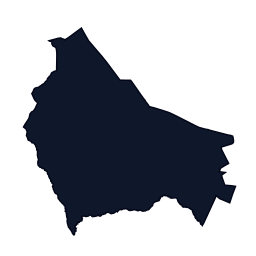 Cherangany, Rift Valley, Kenya (Mercator projection), rotated 355°
{"feature_id": "3690345B16240552911731", "entity_name": "Cherangany", "entity_type": "district", "adm_level": 2, "iso_a3": "KEN", "parent_name": "Kenya", "parent_adm1": "Rift Valley", "projection": "mercator", "projection_center": [35.178, 1.046], "detail": "fine", "context": "isolated", "style": "filled", "palette": "ink", "viewbox_px": 256, "rotation_deg": 355, "n_neighbors": 0, "source": "geoboundaries", "source_scale": "gbopen_adm2", "svg_char_len": 5804}
<svg xmlns="http://www.w3.org/2000/svg" viewBox="0 0 256 256"><g transform="rotate(355 128 128)"><path d="M230.0,195.5L225.7,194.5L219.4,193.4L217.4,185.4L217.1,183.1L218.8,182.1L221.0,180.8L215.1,179.5L216.2,177.1L216.7,176.1L220.4,174.2L223.0,173.0L225.1,172.1L224.7,170.9L224.3,169.7L223.6,168.3L219.5,158.1L219.3,157.4L219.2,155.1L230.1,152.8L231.7,151.7L232.0,150.0L232.0,149.3L231.8,146.8L231.6,145.3L229.0,144.1L228.5,144.1L226.8,143.6L210.4,137.8L208.6,137.1L208.0,136.7L205.7,136.1L204.9,135.9L198.7,133.6L193.5,130.5L177.7,120.6L172.0,117.2L170.5,116.4L168.6,115.5L156.3,110.4L151.1,108.6L150.1,106.6L148.0,103.4L147.2,101.6L146.8,101.1L146.0,99.9L143.2,95.2L135.8,82.3L134.7,80.7L124.2,79.7L112.5,60.8L108.1,54.2L103.7,48.1L98.2,40.3L96.4,37.9L92.2,28.8L90.3,24.4L76.2,33.0L72.6,34.8L72.1,34.1L71.4,33.8L70.7,33.6L69.5,33.1L69.1,32.5L66.6,32.5L56.9,34.2L57.5,34.7L58.8,35.0L59.6,35.6L59.7,36.4L59.5,37.7L60.0,38.6L60.5,39.8L61.7,40.4L62.7,41.2L63.1,41.6L63.4,42.4L63.5,43.1L63.6,44.8L63.6,47.8L63.3,51.0L61.9,64.3L61.5,64.8L59.2,65.2L58.2,65.8L57.5,66.0L56.7,66.5L56.4,66.8L56.1,67.5L55.6,68.6L55.2,69.0L54.1,69.8L52.0,71.9L51.7,73.3L51.3,73.9L49.9,74.5L49.6,74.9L49.2,75.5L48.5,76.2L47.5,76.8L46.0,77.4L45.4,78.0L44.5,78.5L43.9,78.7L43.3,79.1L42.5,79.7L40.2,79.9L39.4,80.1L38.6,80.4L38.1,80.8L37.6,81.4L37.3,82.0L37.1,82.6L35.8,84.7L35.2,85.3L37.1,90.8L37.7,92.0L38.1,92.7L38.9,93.5L39.8,94.5L40.1,95.2L39.9,96.0L38.2,98.7L37.7,99.8L35.7,102.4L35.2,102.9L34.3,103.3L33.6,103.5L33.1,103.9L32.6,104.5L32.0,104.9L31.6,105.5L30.9,107.7L30.2,109.7L29.4,110.8L25.6,115.6L24.0,117.9L25.2,119.1L25.9,119.3L26.2,119.9L26.5,120.8L27.1,122.0L27.1,122.5L27.1,123.4L26.7,125.1L26.3,126.0L26.2,126.8L26.5,127.5L27.1,128.9L27.2,130.0L27.4,131.0L27.8,131.5L29.8,132.5L30.4,133.2L31.0,134.3L31.7,134.5L32.7,134.7L33.3,135.5L34.2,136.8L34.7,138.7L35.0,139.2L35.2,140.1L35.3,140.7L35.2,141.2L35.2,141.9L36.0,143.1L35.8,143.5L35.7,145.3L35.5,146.3L35.4,146.9L35.4,147.6L35.6,148.3L35.7,149.0L35.6,149.7L35.9,150.3L36.1,151.1L36.0,151.9L36.0,152.6L35.5,153.0L35.3,153.5L35.3,154.3L35.1,155.1L35.1,155.7L35.3,156.2L35.1,157.0L36.8,159.3L37.5,159.5L38.1,159.7L38.4,160.3L39.3,160.4L39.7,161.1L40.6,161.1L41.1,161.6L41.4,162.9L42.7,163.6L43.2,164.0L43.7,164.5L43.9,165.3L43.8,166.2L44.0,166.9L44.7,167.9L44.9,168.4L44.9,169.0L45.1,170.1L45.4,170.7L45.6,171.2L45.9,171.7L46.3,172.3L46.5,173.5L46.4,174.0L46.7,174.6L47.3,175.2L47.4,176.2L48.0,176.4L48.7,177.6L48.3,178.3L48.3,178.8L47.9,179.2L47.7,179.9L48.1,180.7L48.2,181.2L48.3,181.8L48.3,182.6L48.9,183.9L49.1,184.9L49.7,186.2L50.0,186.8L51.3,187.3L51.6,187.8L52.4,189.2L52.2,191.5L52.4,192.2L53.2,193.4L53.6,194.0L53.9,194.4L54.2,195.1L55.2,196.1L55.5,196.8L56.1,197.3L56.6,197.9L57.0,198.5L57.7,199.0L57.8,199.9L58.4,200.3L58.7,200.9L58.6,201.7L58.3,202.3L58.7,202.9L58.6,203.6L58.7,204.3L58.2,205.4L59.2,206.4L59.0,206.9L59.2,207.5L59.1,208.1L59.2,208.8L59.2,210.2L59.2,211.4L59.7,212.7L59.6,213.9L59.2,215.6L59.4,217.4L59.4,218.2L59.8,218.8L59.7,219.3L59.7,219.8L60.1,220.2L60.0,221.0L60.1,221.7L60.7,222.3L61.1,222.9L61.3,223.4L62.2,224.8L63.1,226.7L63.5,228.0L64.1,229.0L64.8,229.8L65.3,229.4L65.6,228.9L65.4,228.2L65.7,227.6L65.9,227.0L66.6,226.2L67.2,226.1L67.1,225.4L67.2,224.8L67.0,224.1L67.5,223.5L66.9,223.4L67.0,222.8L66.6,221.5L66.7,220.7L67.9,220.3L68.3,219.9L68.5,219.4L69.0,218.9L69.6,219.0L69.6,218.3L69.3,217.7L70.1,217.4L71.2,217.7L71.8,217.0L72.3,216.7L73.9,216.4L74.2,215.8L74.3,215.3L74.2,214.5L74.7,213.9L74.0,212.8L74.6,211.9L76.5,211.9L77.5,212.1L78.1,212.5L78.8,212.5L79.6,212.4L80.5,212.3L81.4,212.0L82.0,211.5L82.7,211.3L83.6,211.7L84.1,212.1L84.4,212.9L85.0,213.2L85.9,213.2L86.7,213.2L87.3,213.0L87.8,213.1L89.4,212.8L90.9,212.4L91.5,212.9L92.0,213.3L92.6,213.3L93.2,213.1L93.8,212.8L93.7,212.2L94.4,211.9L95.2,212.0L96.3,211.8L97.0,211.5L97.9,211.5L98.4,210.9L100.1,210.1L101.4,210.4L102.8,211.2L103.5,211.8L104.4,211.9L105.3,211.5L106.0,211.7L107.3,211.1L108.1,210.6L108.7,210.2L109.3,210.1L110.2,210.6L111.0,209.6L111.6,209.1L112.4,208.7L113.1,208.6L113.8,208.6L114.4,208.9L115.7,208.4L116.5,208.0L117.2,208.3L117.9,208.3L118.5,208.0L119.1,208.1L119.8,208.6L120.3,208.6L120.7,209.2L121.3,209.5L121.6,210.0L122.2,210.3L122.9,210.1L123.5,210.4L125.0,210.2L125.8,210.1L126.5,209.9L128.1,210.1L128.8,210.5L129.5,210.7L129.9,211.1L130.5,211.1L131.0,211.3L131.5,211.1L133.4,210.8L133.9,211.3L134.6,211.8L135.1,211.9L135.7,212.2L136.2,212.0L136.7,212.1L137.2,211.9L137.8,212.1L138.4,212.0L139.4,211.4L141.2,211.2L142.2,210.5L142.8,209.8L144.1,208.6L145.5,207.6L145.9,206.9L146.1,206.1L146.3,205.4L147.0,204.8L148.4,204.0L148.9,203.6L149.5,203.7L151.0,203.4L151.6,203.2L152.4,203.1L152.9,202.6L152.7,201.8L153.8,201.3L154.0,200.5L154.0,199.8L154.5,199.5L155.3,199.4L156.2,199.2L156.7,198.9L156.9,198.4L158.0,198.0L159.1,198.7L159.9,198.7L161.3,199.1L161.8,199.6L162.1,200.1L162.7,199.8L163.3,199.8L163.7,200.3L163.8,201.1L164.6,201.5L166.4,201.7L168.4,201.6L169.1,201.7L169.9,201.6L170.4,202.1L170.9,203.0L171.1,203.6L171.2,204.5L171.5,205.5L171.9,206.3L172.9,207.9L173.3,208.5L174.1,209.2L175.0,209.4L175.2,210.2L175.2,210.7L175.5,211.1L176.1,211.5L176.8,211.7L177.6,211.4L178.8,212.1L179.6,211.8L180.3,212.2L181.4,212.7L181.9,212.9L182.2,213.4L182.7,213.7L183.2,214.1L183.9,214.6L184.5,215.1L185.2,215.5L185.6,216.2L185.0,216.6L185.2,217.5L185.8,218.3L185.5,219.0L186.2,220.4L186.9,220.5L186.8,221.4L187.3,221.9L187.5,222.4L187.1,223.0L187.7,224.1L188.3,224.4L188.8,225.2L188.8,225.8L189.2,226.5L189.8,226.4L190.2,226.9L190.8,226.5L191.3,226.8L191.8,227.2L191.5,228.0L191.8,228.7L192.0,229.4L192.0,230.0L192.5,230.4L193.0,230.7L193.3,231.1L193.5,231.6L195.1,229.3L207.8,207.1L208.8,205.3L209.7,203.5L210.0,203.0L213.1,206.3L215.3,207.4L222.8,211.4L226.2,203.4L230.0,195.5Z" fill="#0f172a" stroke="#020617" stroke-width="1.5"/></g></svg>